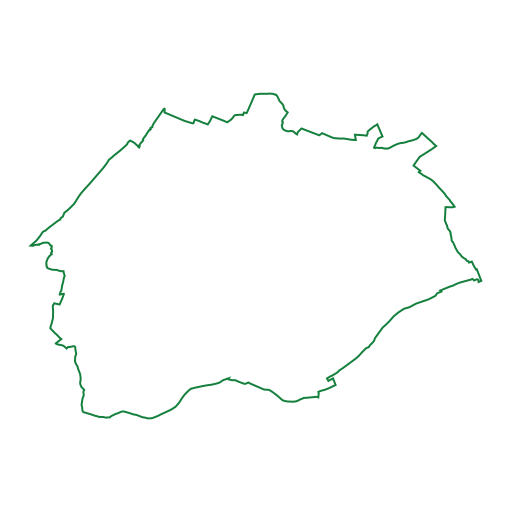 Pauca, Sibiu, Romania
{"feature_id": "2599482B16089648797059", "entity_name": "Pauca", "entity_type": "district", "adm_level": 2, "iso_a3": "ROU", "parent_name": "Romania", "parent_adm1": "Sibiu", "projection": "natural_earth1", "projection_center": [23.909, 46.005], "detail": "fine", "context": "isolated", "style": "outline", "palette": "green", "viewbox_px": 512, "rotation_deg": 0, "n_neighbors": 0, "source": "geoboundaries", "source_scale": "gbopen_adm2", "svg_char_len": 5933}
<svg xmlns="http://www.w3.org/2000/svg" viewBox="0 0 512 512"><path d="M282.6,400.3L285.6,401.2L287.7,401.5L293.3,401.7L295.2,401.5L297.2,401.0L301.1,399.0L302.5,398.6L303.7,397.9L306.5,397.8L316.7,396.8L318.3,397.4L318.7,393.7L318.4,391.8L321.6,390.6L324.5,389.9L328.7,388.3L335.6,385.0L333.0,378.4L328.4,380.9L327.0,378.4L330.5,376.3L332.0,375.7L337.2,372.6L339.5,370.3L343.0,368.0L355.6,358.7L358.7,356.0L362.2,352.1L366.2,348.1L368.9,347.1L369.5,345.8L370.0,345.2L372.9,342.3L374.2,340.5L375.0,338.1L382.7,327.5L385.9,324.7L389.4,321.2L393.7,316.3L398.3,312.5L403.9,308.8L409.7,307.1L416.1,303.6L428.7,299.3L435.3,295.9L437.2,293.3L441.3,291.6L440.3,290.5L449.8,286.6L452.9,285.7L455.3,284.4L459.8,282.6L471.5,279.4L472.3,278.9L473.4,279.6L474.1,280.5L476.8,279.3L477.6,279.4L478.3,280.0L478.6,282.0L481.3,280.8L476.8,269.3L476.1,269.6L475.8,269.1L474.1,266.4L471.8,261.6L469.1,262.6L468.4,261.2L467.3,261.1L466.3,260.2L465.6,259.0L464.3,258.4L461.8,256.6L460.2,254.4L457.9,252.1L455.3,247.6L454.6,245.7L453.0,242.2L452.2,241.5L451.7,240.6L451.3,237.1L450.8,234.6L450.4,233.7L450.6,233.1L450.5,232.4L449.7,230.8L448.3,229.3L447.5,227.9L447.0,225.5L446.0,223.6L445.9,222.9L444.8,220.5L445.2,214.2L445.5,207.9L445.5,207.2L445.8,207.1L452.6,207.3L454.6,206.7L451.7,202.7L450.6,201.7L449.9,200.2L446.3,196.3L445.0,194.2L443.7,192.6L438.7,187.3L436.9,185.1L432.7,180.8L430.2,179.0L423.1,175.2L421.3,173.8L419.4,172.6L418.8,172.2L419.6,171.3L420.3,170.8L413.6,165.6L413.9,165.0L419.6,156.9L431.8,149.2L436.2,146.0L433.7,143.9L431.9,142.0L422.0,133.0L421.9,132.9L421.4,133.4L418.4,137.6L416.1,139.1L411.8,140.5L408.0,141.4L406.6,142.0L403.3,142.8L401.1,143.0L398.2,143.7L393.6,145.7L390.2,147.6L387.5,148.7L385.3,148.4L384.6,148.6L381.4,147.8L378.9,148.0L376.7,147.6L375.1,148.1L374.1,147.7L374.4,146.6L375.2,145.1L376.0,142.8L377.2,140.9L377.9,139.0L379.2,138.0L382.5,136.5L377.3,124.3L375.7,125.5L374.2,126.2L369.1,130.2L367.9,131.3L367.6,131.9L367.5,133.8L366.7,135.7L364.2,135.3L354.9,134.7L355.8,140.0L351.7,139.8L343.6,138.5L338.9,138.5L334.7,138.2L332.1,137.5L322.2,133.2L319.2,135.3L301.5,128.5L298.0,131.9L297.6,132.6L297.1,134.4L295.4,133.4L294.9,132.7L293.0,131.3L291.4,131.0L287.9,131.3L286.9,131.1L284.7,130.3L283.2,129.3L282.7,128.6L282.1,127.0L281.8,125.7L282.0,124.6L282.6,123.7L282.7,123.2L282.8,122.2L282.3,121.9L282.3,120.5L283.5,118.4L285.1,116.5L287.7,112.4L285.3,110.4L284.8,109.7L283.8,107.7L283.2,105.2L282.5,104.1L279.6,101.1L277.5,96.6L276.6,95.3L275.7,94.6L275.5,94.8L273.1,93.9L271.1,93.7L269.1,93.6L267.5,93.8L260.0,93.8L255.0,94.4L254.7,94.6L251.5,102.2L246.9,112.7L246.5,113.1L244.0,112.5L243.5,113.5L243.3,114.7L242.9,115.1L242.3,115.1L241.9,114.8L241.4,114.7L237.8,114.9L235.0,115.2L234.2,115.8L233.1,117.3L231.2,119.5L227.2,122.3L223.3,120.6L212.3,116.3L209.9,121.2L207.8,124.4L201.4,122.1L199.7,121.2L194.9,119.6L194.5,120.2L193.5,123.1L193.0,123.4L191.8,123.1L184.8,121.0L164.6,112.5L164.6,109.0L164.6,108.8L164.3,108.7L163.9,109.0L162.7,110.5L153.7,123.4L152.5,125.8L152.3,127.2L151.4,127.3L150.9,127.9L150.6,128.0L150.8,129.0L150.3,129.1L150.0,129.7L149.8,129.4L149.6,129.5L147.2,133.0L145.9,135.2L145.3,135.9L145.2,136.3L144.6,136.7L144.4,137.3L143.9,137.8L143.1,139.0L142.8,139.8L143.2,140.3L142.1,141.8L141.6,142.0L140.9,142.9L139.7,144.6L139.6,145.2L139.7,146.3L139.1,147.5L138.1,146.7L137.8,145.7L136.9,145.3L134.8,143.2L133.3,142.2L130.5,140.7L130.1,140.6L129.5,140.8L129.2,141.5L128.4,142.0L127.9,142.5L127.6,143.0L127.2,144.1L125.8,145.6L120.4,150.4L114.2,155.3L113.3,156.0L112.9,156.6L108.9,159.8L107.2,162.7L103.6,167.5L89.5,183.9L85.3,188.4L80.7,193.7L78.3,197.2L74.1,203.9L68.3,209.6L64.4,212.7L62.8,216.6L60.8,218.0L60.6,218.2L60.3,219.5L57.9,220.8L49.3,227.3L45.2,230.8L43.5,231.4L43.1,231.7L42.4,232.5L40.3,235.7L37.5,239.3L36.1,240.9L30.7,245.6L32.9,245.8L34.2,245.2L36.7,244.7L37.5,244.8L37.9,244.6L39.0,244.7L39.0,244.3L40.9,243.9L42.1,243.1L43.9,242.7L47.6,242.6L48.6,243.0L49.9,244.5L50.2,245.3L51.7,245.8L51.8,246.2L51.6,247.1L51.6,247.7L51.0,248.4L51.0,248.7L51.7,249.3L52.2,251.4L51.9,251.9L51.3,252.4L51.1,252.9L51.1,253.5L51.7,253.9L51.7,254.2L50.9,254.4L50.5,255.4L49.5,255.9L49.0,256.8L47.8,258.2L47.7,258.9L46.9,260.4L46.4,262.3L46.3,264.0L46.6,265.3L46.5,266.2L46.9,266.7L47.0,267.5L47.3,267.9L48.7,268.6L51.1,269.4L53.1,269.8L56.7,269.9L59.5,270.9L60.9,271.2L63.5,271.2L63.7,272.6L64.7,275.9L64.2,276.9L63.7,278.7L63.2,281.7L62.1,285.7L61.4,290.3L60.5,291.8L60.2,293.2L59.6,294.4L59.7,294.6L62.7,293.9L63.8,293.8L63.9,294.0L62.2,298.6L59.6,304.5L54.2,303.3L53.5,304.7L52.9,305.3L52.8,307.3L53.0,308.7L53.1,312.4L53.0,315.4L53.0,318.0L51.4,324.3L50.7,326.2L50.3,328.3L55.1,333.3L56.9,334.8L59.3,337.4L61.3,339.1L56.0,343.2L55.8,343.4L56.1,343.8L58.6,344.7L60.6,344.9L63.0,345.6L64.4,346.5L66.6,348.5L68.1,347.0L69.4,347.1L73.5,346.2L74.4,346.3L75.2,347.0L75.5,350.1L76.2,353.5L76.0,354.8L75.5,355.8L75.2,357.0L75.0,361.3L75.7,363.4L77.6,366.7L78.0,368.5L80.1,374.1L80.6,377.6L80.6,380.3L80.1,382.5L80.4,384.5L81.0,386.0L81.5,387.1L84.2,389.8L83.7,390.8L83.4,392.2L83.7,394.6L83.7,395.6L82.9,397.5L82.3,399.7L81.6,404.7L81.7,405.6L82.2,407.4L82.3,409.7L82.9,411.6L83.3,412.1L92.7,414.9L94.7,415.7L97.1,416.2L98.9,416.9L103.1,417.0L105.9,417.6L110.0,417.3L110.7,416.5L111.8,415.8L115.3,414.1L118.2,413.1L121.6,411.6L123.6,411.4L130.3,413.3L132.7,414.2L136.7,415.0L142.7,417.3L145.6,417.7L146.7,418.2L149.9,418.4L152.3,418.1L153.7,417.6L158.2,415.8L160.2,414.7L169.1,410.6L170.6,409.9L175.5,406.8L176.0,406.3L179.4,402.3L181.9,398.3L183.4,396.2L185.1,394.1L187.8,391.4L189.1,390.1L190.8,389.0L190.8,388.8L191.7,388.5L192.7,388.4L194.1,387.9L202.1,386.2L207.0,385.3L211.6,384.7L217.1,383.4L219.7,382.5L222.1,380.8L223.6,380.0L228.6,378.3L228.0,379.1L228.2,379.3L232.0,380.2L235.4,380.2L237.6,381.3L243.3,383.5L244.5,383.8L245.9,383.7L248.3,382.5L250.1,383.5L264.0,389.5L269.1,389.9L272.2,391.8L277.0,395.4L282.6,400.3Z" fill="none" stroke="#15803d" stroke-width="2"/></svg>